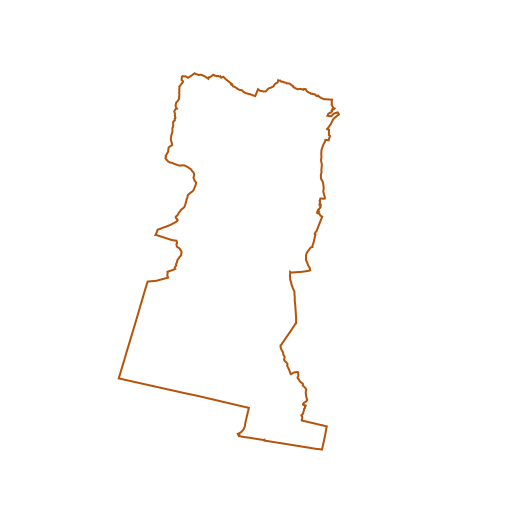 Ceptura, Prahova, Romania, rotated 29°
{"feature_id": "2599482B71736492781600", "entity_name": "Ceptura", "entity_type": "district", "adm_level": 2, "iso_a3": "ROU", "parent_name": "Romania", "parent_adm1": "Prahova", "projection": "equal_earth", "projection_center": [26.322, 45.023], "detail": "fine", "context": "isolated", "style": "outline", "palette": "amber", "viewbox_px": 512, "rotation_deg": 29, "n_neighbors": 0, "source": "geoboundaries", "source_scale": "gbopen_adm2", "svg_char_len": 6002}
<svg xmlns="http://www.w3.org/2000/svg" viewBox="0 0 512 512"><g transform="rotate(29 256 256)"><path d="M407.6,393.3L404.0,381.4L400.5,370.7L375.8,377.7L375.4,377.0L375.4,376.0L375.2,375.6L374.2,374.1L372.9,373.4L372.8,373.2L373.3,372.3L373.6,370.9L373.0,369.4L372.8,367.7L372.1,366.3L372.2,365.9L372.5,365.0L371.9,364.1L372.1,362.8L371.7,362.6L370.0,363.2L369.3,363.3L368.9,362.8L368.9,362.3L369.1,361.3L370.5,358.6L370.6,357.8L370.5,357.0L368.3,354.8L365.9,351.7L365.3,350.5L364.8,348.6L364.1,348.0L362.5,347.3L359.6,346.6L359.2,345.4L358.7,344.9L357.4,344.8L355.3,344.4L354.6,344.1L353.3,343.1L351.7,342.7L351.2,341.9L350.9,339.7L349.9,338.5L349.4,337.3L349.2,337.2L348.7,337.3L346.2,339.0L345.2,340.1L344.5,341.3L344.0,342.4L343.5,342.4L339.9,339.3L336.3,336.7L336.0,335.3L335.7,335.0L334.2,334.4L331.8,333.8L331.2,333.5L330.8,333.0L330.4,331.4L329.9,330.3L329.3,329.9L327.7,329.1L326.7,327.6L325.7,326.6L324.5,326.1L322.9,325.0L321.8,324.0L321.3,323.0L320.8,322.4L321.1,321.7L321.4,318.3L322.8,303.6L323.3,296.2L323.8,295.6L321.0,290.5L313.8,279.4L312.0,277.0L309.0,271.8L308.3,271.1L307.7,269.9L306.8,268.4L306.3,268.0L303.8,266.3L302.9,265.4L300.7,263.6L299.5,262.0L297.2,259.9L295.3,256.8L293.6,253.3L294.7,253.5L304.1,247.4L309.3,243.4L310.3,242.2L308.6,240.2L306.3,239.1L303.8,236.8L301.8,235.4L299.9,232.1L299.0,230.0L298.9,228.9L299.0,227.0L299.7,222.1L300.5,221.2L301.1,220.8L300.5,219.8L300.2,218.6L299.7,215.9L298.5,211.7L297.8,209.5L297.5,208.3L296.8,208.3L296.6,207.4L296.5,206.6L296.6,205.8L296.9,205.1L294.8,189.5L292.7,189.4L291.1,188.4L289.3,188.7L288.5,188.6L288.6,187.8L289.0,187.8L289.2,187.6L289.5,187.6L289.7,186.9L288.1,186.8L288.5,185.3L288.0,185.2L288.5,183.6L288.7,182.6L288.5,182.3L288.8,182.1L287.9,180.0L286.9,180.6L286.2,179.3L286.4,178.6L285.2,177.2L285.4,177.1L284.8,176.1L284.4,174.5L284.7,174.3L287.3,173.2L288.3,172.5L288.2,172.0L287.7,171.2L283.6,167.1L282.2,163.6L279.5,159.9L278.5,158.9L277.4,158.0L275.7,157.2L274.9,156.1L273.5,153.8L273.2,153.0L272.8,151.1L271.5,149.2L269.7,144.9L268.9,143.7L266.3,140.5L265.3,137.7L264.5,136.6L263.2,134.3L261.8,131.3L260.9,125.7L260.9,122.8L260.4,120.8L263.5,119.5L262.8,117.1L262.7,115.7L262.4,115.0L261.2,114.9L258.6,110.2L256.9,110.6L256.6,110.5L257.0,109.0L257.3,105.6L257.5,104.4L257.2,98.9L258.1,96.2L259.9,92.0L257.8,90.8L255.0,93.8L254.7,94.5L254.3,96.6L254.0,97.2L252.6,98.0L250.5,98.7L250.3,96.8L251.0,95.2L251.8,94.5L252.4,92.7L251.5,91.9L251.6,91.6L252.0,90.8L251.6,90.3L251.7,90.1L252.4,90.5L252.6,90.4L253.1,89.5L253.2,88.9L252.8,89.0L252.4,90.0L252.1,89.9L252.1,89.3L251.9,89.0L251.1,88.6L250.6,88.1L249.4,87.6L248.8,87.1L248.8,86.4L247.7,85.0L246.7,82.4L240.5,85.3L239.6,85.9L236.2,86.2L234.0,86.1L232.6,85.5L231.8,86.0L231.9,86.5L231.6,86.6L230.4,86.6L229.0,86.0L228.3,86.4L227.2,86.6L226.9,86.9L226.2,86.9L225.7,87.4L225.4,87.2L224.6,87.3L222.0,87.4L220.2,87.1L219.0,86.1L218.5,86.0L217.1,86.6L216.9,86.8L217.1,87.5L216.8,87.8L216.0,87.6L214.0,88.3L212.8,88.9L211.6,90.0L210.1,90.0L209.0,90.3L208.2,89.9L207.6,90.2L207.0,90.2L206.1,89.8L206.0,89.3L204.1,89.4L203.2,89.1L201.8,88.9L199.9,89.7L199.4,90.1L198.2,90.0L196.6,90.4L194.9,90.5L194.6,90.9L194.0,91.2L193.1,91.2L192.0,90.8L190.9,91.7L190.2,91.6L190.7,93.4L190.7,93.9L189.7,95.2L189.3,96.2L189.0,98.0L189.1,99.1L187.5,101.4L186.1,102.9L185.4,104.3L185.0,106.4L184.8,107.1L184.3,107.6L182.9,108.4L179.6,109.5L178.7,109.5L176.9,109.1L177.8,116.5L176.1,116.9L172.7,117.3L168.3,118.5L165.1,118.5L163.5,117.8L160.7,118.8L154.8,118.4L154.0,118.8L152.7,118.2L151.4,118.1L151.8,117.4L151.6,117.3L143.5,116.0L142.2,115.5L140.4,115.1L139.2,116.9L137.8,116.1L137.7,116.5L137.3,116.7L136.6,116.9L135.7,116.8L135.3,117.0L134.7,117.8L133.3,117.9L132.7,118.3L131.1,118.1L130.7,118.4L129.1,121.8L128.1,122.6L128.4,124.1L124.0,123.7L121.3,123.9L119.7,124.3L117.9,125.6L116.5,125.6L115.3,126.0L113.7,126.0L112.1,129.5L110.3,133.0L107.4,133.0L105.5,134.1L104.5,134.3L104.4,135.3L105.5,138.1L107.0,138.4L107.5,138.7L107.7,139.0L107.7,139.8L106.8,145.1L107.7,146.3L108.2,147.8L109.1,148.9L109.5,150.3L110.6,151.7L111.4,153.5L111.5,154.4L112.4,155.3L112.5,156.1L112.3,158.8L111.9,160.0L111.9,160.6L112.4,162.6L113.0,163.8L114.0,164.8L115.4,165.4L115.1,165.8L114.7,166.1L114.4,166.6L114.3,168.1L114.5,169.2L115.9,170.6L117.3,173.0L118.6,174.2L118.3,175.4L119.2,176.5L119.3,176.9L118.6,178.0L118.6,179.0L120.4,182.3L120.8,183.1L120.7,183.6L121.0,184.8L122.8,188.2L123.3,191.1L124.4,193.8L124.9,195.4L127.4,197.8L128.2,198.6L128.9,199.6L127.3,202.6L127.1,203.9L128.5,207.1L128.6,208.2L128.5,210.1L128.6,211.8L128.5,212.2L128.9,212.3L129.3,212.9L129.2,213.8L129.5,214.5L133.3,215.9L135.6,215.9L137.4,215.2L139.4,215.1L144.4,214.3L146.2,213.5L147.5,212.4L149.6,211.5L153.0,211.3L157.0,211.7L159.1,212.7L160.9,213.3L162.3,214.4L162.8,215.4L163.3,217.6L163.7,218.2L165.9,220.0L168.0,220.8L168.6,222.4L169.0,224.7L169.4,229.0L169.1,230.2L167.1,234.7L166.9,235.8L167.7,238.5L167.8,240.2L168.4,241.6L168.5,242.9L169.0,244.2L169.3,245.6L169.6,248.2L168.0,252.1L168.0,253.1L167.5,256.2L167.6,257.5L167.6,258.2L166.8,260.5L167.1,261.1L167.6,261.6L169.8,262.4L170.2,262.9L170.1,263.5L169.4,265.2L168.4,266.8L165.7,270.8L162.9,274.2L160.7,276.6L159.1,278.7L157.2,280.6L157.2,281.0L157.6,282.3L157.9,286.3L158.3,286.0L159.1,285.9L174.4,282.9L179.1,281.2L180.6,282.8L180.7,284.3L182.1,286.0L182.4,286.2L185.8,286.5L186.4,287.1L188.0,287.7L189.2,289.0L189.2,289.6L190.2,291.7L189.6,293.8L189.5,295.4L189.2,297.4L189.9,299.9L190.0,301.9L190.8,302.8L190.8,303.7L190.5,304.7L190.7,305.9L190.9,306.3L191.5,306.5L190.4,308.1L186.2,312.7L187.0,313.7L187.8,316.0L189.6,317.5L181.0,325.9L173.6,330.9L174.8,336.7L183.1,373.7L190.0,405.6L191.2,410.8L195.3,429.6L259.9,410.6L271.8,406.9L323.4,392.3L327.7,407.6L328.8,410.2L329.0,411.3L329.2,414.0L328.5,416.9L327.5,418.8L326.3,420.4L327.4,421.2L328.1,420.5L328.6,421.7L329.3,421.3L331.2,420.9L339.0,417.9L347.4,414.9L352.2,413.1L352.4,412.8L352.7,413.4L402.7,395.3L405.0,394.2L407.6,393.3Z" fill="none" stroke="#b45309" stroke-width="2"/></g></svg>